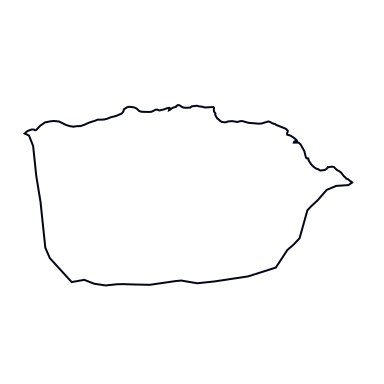 outline of South Tanna, Tafea, Vanuatu, rotated 264°
{"feature_id": "77236927B47218530990891", "entity_name": "South Tanna", "entity_type": "district", "adm_level": 2, "iso_a3": "VUT", "parent_name": "Vanuatu", "parent_adm1": "Tafea", "projection": "orthographic", "projection_center": [169.459, -19.612], "detail": "fine", "context": "isolated", "style": "outline", "palette": "ink", "viewbox_px": 384, "rotation_deg": 264, "n_neighbors": 0, "source": "geoboundaries", "source_scale": "gbopen_adm2", "svg_char_len": 2561}
<svg xmlns="http://www.w3.org/2000/svg" viewBox="0 0 384 384"><g transform="rotate(264 192 192)"><path d="M184.7,352.3L185.4,351.8L186.0,350.8L188.6,348.3L189.1,346.9L190.4,346.1L191.7,344.8L195.7,342.3L197.1,340.9L197.9,339.7L198.9,338.3L202.0,335.7L202.6,334.0L202.4,330.1L202.5,329.8L202.3,329.7L200.9,328.2L200.1,326.6L199.9,322.1L199.9,321.8L201.4,320.0L202.4,317.8L204.2,315.7L206.9,313.5L211.2,311.3L213.2,311.2L213.4,310.5L213.3,310.0L213.5,309.6L214.5,308.9L220.9,308.0L228.1,304.9L230.0,303.1L230.5,298.5L231.5,299.0L231.9,300.3L232.0,301.6L232.6,301.5L235.1,299.1L237.8,295.8L238.8,293.4L238.8,293.2L239.0,292.7L240.5,292.7L241.9,293.4L242.6,293.7L243.3,293.4L243.5,293.3L243.7,293.1L245.1,291.9L250.0,282.6L250.8,281.9L251.1,281.0L251.8,279.4L253.0,277.6L253.2,277.4L253.3,277.2L254.2,275.3L252.9,268.5L252.9,265.9L254.9,255.4L257.3,249.4L257.4,247.5L256.9,244.4L258.3,239.4L258.4,235.3L257.8,233.0L257.9,231.8L258.0,231.3L258.6,228.9L259.7,227.5L261.7,225.8L262.4,224.9L262.5,224.8L265.3,223.5L266.5,223.2L267.7,223.5L269.7,222.3L270.7,222.3L273.7,222.6L274.3,222.2L274.4,219.9L274.7,213.7L275.8,210.9L276.4,208.1L277.3,205.7L277.2,200.7L276.1,198.9L276.4,194.7L276.8,192.5L278.0,190.4L278.6,189.8L279.5,188.7L279.9,187.1L279.8,186.7L279.0,185.3L278.5,185.2L278.0,182.7L277.9,182.1L277.3,180.7L276.0,178.6L275.7,177.7L276.5,178.0L277.7,178.7L278.1,178.2L277.9,175.8L277.0,172.5L276.8,169.9L276.5,168.7L276.5,168.0L277.5,166.3L277.6,166.1L277.6,165.9L277.6,164.4L276.0,160.0L276.0,159.5L276.1,158.1L276.4,155.2L276.9,151.4L277.0,150.5L277.2,149.8L278.1,147.9L280.5,145.9L281.2,145.0L281.5,144.6L282.2,143.1L282.7,141.3L283.3,138.5L283.1,136.5L281.3,132.8L279.5,132.3L279.3,132.2L279.1,132.0L277.5,130.5L275.6,124.6L274.7,118.6L274.3,117.2L273.6,114.8L273.3,111.9L273.5,108.4L273.8,105.7L273.0,103.0L271.9,97.5L271.9,97.3L271.8,97.1L269.9,91.2L269.2,87.8L269.5,84.4L269.4,81.3L269.3,80.9L270.3,77.4L271.8,73.8L276.0,67.2L277.1,61.9L277.1,58.8L276.6,53.0L275.5,51.2L273.8,48.0L270.7,44.5L269.9,43.1L269.9,42.3L269.9,42.1L270.1,41.9L270.4,41.7L270.6,41.2L270.7,40.8L270.9,39.6L270.8,38.3L270.0,35.4L269.3,33.9L267.6,31.7L265.2,35.8L254.4,38.8L249.0,38.8L224.3,38.8L198.2,40.3L179.5,40.3L151.9,40.3L141.1,43.7L115.0,62.9L115.9,75.7L111.0,85.1L108.1,96.4L108.1,107.8L107.6,113.7L106.1,124.6L104.1,140.3L105.1,165.5L105.1,171.9L100.7,187.6L100.7,204.9L102.2,238.9L108.1,267.5L124.4,280.8L128.8,287.2L134.7,294.1L161.8,304.9L165.2,308.8L170.7,316.2L180.0,326.1L183.0,336.0L182.5,348.3L184.7,352.3Z" fill="none" stroke="#020617" stroke-width="2"/></g></svg>